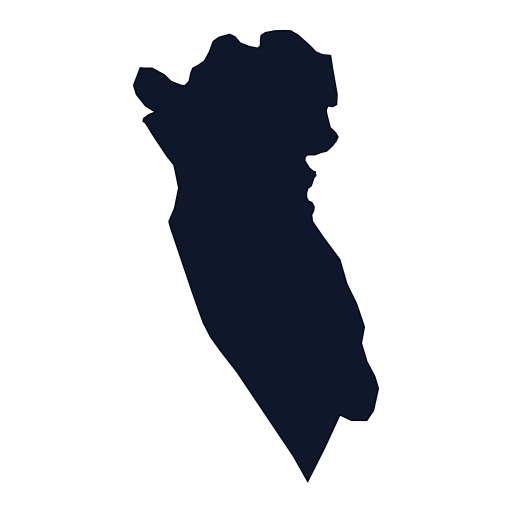 Al Firdous, Eastern Darfur, Sudan
{"feature_id": "16777658B1174782743239", "entity_name": "Al Firdous", "entity_type": "district", "adm_level": 2, "iso_a3": "SDN", "parent_name": "Sudan", "parent_adm1": "Eastern Darfur", "projection": "natural_earth1", "projection_center": [25.904, 10.88], "detail": "fine", "context": "isolated", "style": "filled", "palette": "ink", "viewbox_px": 512, "rotation_deg": 0, "n_neighbors": 0, "source": "geoboundaries", "source_scale": "gbopen_adm2", "svg_char_len": 1821}
<svg xmlns="http://www.w3.org/2000/svg" viewBox="0 0 512 512"><path d="M330.5,55.6L326.0,55.1L322.7,54.9L315.6,51.9L311.4,47.3L298.2,35.3L290.6,30.9L283.7,30.7L275.0,30.9L265.5,32.7L261.3,35.4L260.6,39.8L260.5,45.7L258.0,48.3L249.5,46.7L240.2,43.1L234.9,36.9L229.7,34.4L219.2,37.3L213.3,41.5L209.5,51.9L204.5,61.1L198.4,65.3L193.0,68.1L191.2,72.0L189.2,81.4L185.2,85.6L181.6,85.6L171.0,81.5L164.3,75.0L152.2,68.3L145.5,68.3L140.3,67.9L133.7,85.3L136.5,94.5L145.7,106.0L155.7,112.0L149.1,114.6L143.6,118.6L143.5,119.6L143.2,121.3L145.1,122.5L146.3,124.3L147.1,125.4L152.2,133.7L155.8,139.2L155.8,139.3L157.3,141.5L166.5,155.4L171.6,161.9L173.5,164.2L173.9,164.8L174.8,168.6L176.5,176.7L178.4,185.9L178.8,187.7L178.4,189.7L176.0,201.6L175.8,202.8L175.3,205.4L175.0,206.7L174.6,208.5L170.5,218.0L170.1,219.1L169.0,221.5L170.5,227.2L194.4,298.0L200.9,315.9L203.4,322.8L210.7,336.9L220.7,350.9L236.9,371.7L293.5,456.1L307.7,481.3L313.2,470.4L324.4,448.2L331.9,432.0L339.7,415.1L339.8,414.8L351.6,420.3L365.9,420.3L366.8,420.3L373.4,410.5L378.3,388.5L374.7,376.5L366.8,361.6L364.8,354.8L361.3,343.2L364.3,327.0L358.2,308.8L356.4,303.6L356.1,303.0L346.7,283.8L345.8,280.6L343.7,273.2L342.1,267.9L339.8,259.7L338.3,257.7L322.6,236.6L315.7,226.3L312.4,221.5L312.2,220.0L311.7,216.1L311.5,215.0L313.2,211.5L313.5,210.9L314.1,206.9L311.8,202.6L308.6,201.4L306.6,197.9L306.4,193.1L307.7,188.3L311.1,185.8L312.4,182.3L313.7,177.8L315.7,175.6L315.6,175.4L315.2,172.0L313.1,171.3L309.2,168.0L304.7,160.7L305.1,156.7L307.7,154.7L313.9,154.7L314.8,154.7L320.8,152.4L326.6,151.0L331.6,146.4L332.2,145.9L336.1,140.9L337.9,136.9L335.7,133.1L330.1,127.6L326.9,115.0L326.0,110.2L327.8,105.7L331.8,106.5L332.0,106.4L332.7,106.5L336.5,104.5L337.0,94.5L334.8,81.4L332.6,69.3L330.5,55.6Z" fill="#0f172a" stroke="#020617" stroke-width="1.5"/></svg>